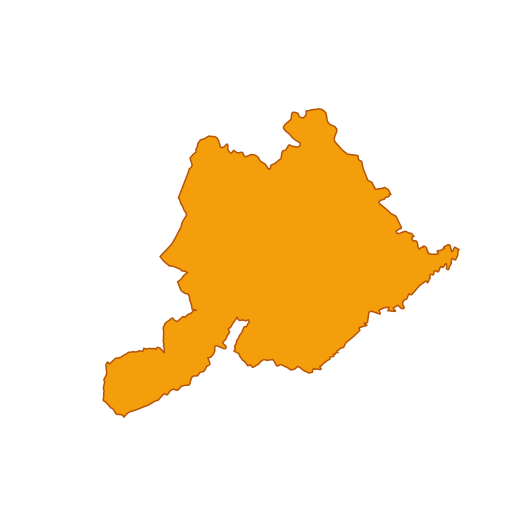 outline of Pindal, Loja, Ecuador, rotated 160°
{"feature_id": "8360857B50209341108464", "entity_name": "Pindal", "entity_type": "district", "adm_level": 2, "iso_a3": "ECU", "parent_name": "Ecuador", "parent_adm1": "Loja", "projection": "mercator", "projection_center": [-80.129, -4.101], "detail": "fine", "context": "isolated", "style": "filled", "palette": "amber", "viewbox_px": 512, "rotation_deg": 160, "n_neighbors": 0, "source": "geoboundaries", "source_scale": "gbopen_adm2", "svg_char_len": 6111}
<svg xmlns="http://www.w3.org/2000/svg" viewBox="0 0 512 512"><g transform="rotate(160 256 256)"><path d="M448.9,172.2L447.6,170.8L445.5,166.3L444.5,163.0L443.4,162.3L442.4,160.3L441.7,155.7L440.6,154.7L436.5,152.8L435.0,149.8L434.2,150.5L430.3,152.2L428.1,152.8L421.8,152.4L408.3,152.8L400.3,154.2L397.2,154.0L390.2,157.8L388.8,157.6L387.3,156.0L386.8,156.0L385.5,156.6L383.5,158.3L381.3,159.1L378.7,159.0L376.7,157.0L375.7,156.7L374.3,157.1L370.7,159.2L366.0,158.6L363.4,157.6L362.2,158.1L359.0,162.7L357.2,164.4L355.3,164.5L351.7,163.4L348.9,165.5L347.4,165.8L344.7,165.3L342.9,166.4L340.0,169.2L336.9,169.6L336.1,170.7L336.0,176.6L333.0,176.5L331.4,177.2L329.2,178.8L327.3,180.7L325.7,185.0L325.2,185.4L324.3,185.4L323.3,184.9L317.7,179.8L316.4,179.5L315.9,179.8L315.4,180.3L315.1,181.6L316.8,184.8L317.0,185.6L316.3,186.4L312.9,188.1L310.0,191.2L307.2,193.1L306.7,193.8L307.1,196.6L306.6,197.3L304.4,197.5L300.6,200.8L294.8,204.7L294.3,202.4L293.6,201.0L290.5,200.5L287.7,198.6L285.0,198.7L284.6,197.3L285.4,195.9L286.6,195.3L288.7,193.2L289.4,192.9L291.0,193.6L291.8,193.1L295.9,188.7L298.5,187.2L300.1,185.3L303.2,182.9L304.7,180.3L306.9,178.6L307.6,175.3L309.1,174.3L308.5,173.3L306.9,171.8L305.3,169.3L305.6,167.7L304.2,162.9L302.3,159.4L301.4,155.9L300.9,155.6L298.5,155.6L297.3,152.6L297.0,152.4L290.7,153.5L287.4,155.3L284.7,156.0L283.4,155.7L281.4,154.2L275.9,153.0L275.0,151.7L274.4,146.4L273.9,145.7L273.1,145.2L270.2,145.7L269.5,145.3L264.0,139.6L262.4,137.1L260.4,136.6L258.1,136.6L254.7,137.9L252.9,136.3L250.5,132.2L246.5,128.1L242.8,127.4L242.0,129.2L240.4,130.4L239.0,129.2L238.3,129.7L235.5,127.7L233.8,127.2L233.5,127.5L233.9,130.0L233.5,130.5L231.6,130.6L230.5,131.5L225.1,133.3L221.9,133.8L221.1,135.6L217.3,135.1L216.8,137.1L215.6,136.5L214.1,137.6L212.1,137.4L212.5,138.6L211.9,139.3L209.7,139.6L207.7,140.6L206.0,140.1L204.8,140.3L201.3,143.7L192.1,146.9L184.3,150.4L183.7,151.1L183.8,152.7L183.3,153.4L175.7,152.8L175.7,153.7L177.3,154.9L177.2,155.8L174.9,155.3L174.0,155.4L169.4,164.0L168.4,164.9L165.9,164.3L159.4,159.0L158.9,159.6L159.0,162.8L158.5,163.1L152.8,163.4L149.1,162.6L148.6,162.2L148.8,161.5L150.7,159.9L150.8,159.5L144.1,156.3L143.7,156.7L144.9,159.7L144.6,160.2L139.6,161.2L137.4,157.2L136.8,156.6L135.4,156.1L134.3,157.0L134.8,160.1L133.9,162.5L131.9,163.9L129.0,164.1L125.6,167.9L124.9,168.0L123.9,166.6L122.6,166.5L112.9,172.1L105.2,174.4L104.3,173.9L104.3,172.6L103.7,172.2L99.8,176.0L99.5,178.2L98.8,178.8L97.7,178.8L95.9,177.6L94.8,178.7L94.1,180.5L92.9,180.9L92.3,180.9L90.9,179.1L89.9,178.8L86.2,182.9L84.1,181.2L81.1,183.5L80.3,183.9L79.9,183.6L80.0,182.4L81.3,178.9L80.5,177.6L79.4,177.5L78.4,179.3L75.0,182.3L73.4,186.0L72.6,186.6L72.2,186.6L70.6,184.3L69.6,184.3L66.3,187.5L64.4,191.6L63.1,192.6L66.1,196.2L66.6,196.2L69.3,193.5L70.1,193.2L70.7,193.5L70.0,199.3L70.3,200.0L71.5,200.9L76.2,200.4L76.6,200.1L76.2,198.9L80.0,198.2L81.0,198.1L83.1,198.8L84.1,198.6L83.8,196.4L84.4,195.6L91.2,197.8L91.8,199.0L93.1,199.3L93.6,200.4L92.9,201.4L93.4,202.9L93.0,205.0L93.7,207.1L95.6,208.1L96.2,207.1L97.9,207.5L99.8,206.7L100.5,207.6L100.7,208.9L100.1,211.1L99.9,214.5L100.8,215.7L102.7,216.2L103.6,217.8L103.2,220.0L100.9,220.5L102.2,224.1L104.4,225.2L106.9,228.0L109.0,228.4L113.2,228.1L115.5,228.7L115.9,231.4L112.6,232.3L110.1,232.3L109.6,233.3L110.9,245.5L114.8,249.9L116.6,253.7L122.2,263.4L122.3,264.3L122.2,264.8L118.9,265.8L116.3,265.4L114.2,266.7L110.9,266.4L110.2,266.7L109.4,268.3L108.3,267.9L108.7,272.0L109.4,273.7L111.9,276.6L114.2,276.3L117.3,277.2L120.3,277.6L121.4,278.2L121.0,279.5L121.7,283.2L121.8,285.4L125.0,288.9L125.4,301.4L124.4,308.6L124.8,309.4L126.1,310.4L126.7,312.5L125.8,315.2L126.6,315.9L135.2,320.4L138.9,326.5L142.9,336.9L142.2,340.0L137.6,345.3L136.7,347.7L137.8,350.9L141.4,354.1L142.7,357.4L142.8,359.7L142.1,361.7L141.4,366.4L141.9,368.1L144.1,371.3L147.5,373.2L149.2,373.0L150.6,373.7L155.0,374.5L157.0,374.5L159.2,375.2L160.4,372.1L162.0,370.6L164.4,369.7L165.8,370.3L167.7,372.1L167.9,375.9L170.9,378.0L172.7,378.4L173.8,377.4L176.3,372.5L183.8,369.6L185.8,368.1L186.4,367.0L186.1,365.1L185.2,362.9L182.6,358.8L181.6,355.2L178.6,350.4L176.4,348.1L176.1,346.7L176.5,345.4L177.7,344.4L178.9,344.0L180.3,344.4L185.2,347.3L186.4,348.9L187.5,348.9L191.6,345.5L194.8,345.6L196.2,344.6L198.6,339.9L199.4,339.0L206.6,336.5L210.7,336.2L211.7,335.2L212.2,333.6L213.6,333.0L214.7,334.2L215.9,339.2L219.4,343.5L220.3,348.1L222.1,350.9L224.1,352.3L226.2,353.1L230.7,352.7L232.2,353.0L232.9,353.9L233.3,357.8L234.2,358.5L237.5,359.0L238.6,359.7L240.7,362.8L241.6,362.6L243.3,361.3L244.5,361.2L245.6,363.2L246.0,366.1L244.7,369.1L244.6,370.9L245.6,371.0L249.1,369.3L251.3,369.7L252.1,370.6L251.7,377.4L252.2,380.2L253.5,381.9L254.7,382.6L259.4,384.8L265.0,383.8L266.6,383.8L267.5,384.2L268.7,384.0L272.5,381.3L273.7,378.6L275.8,377.0L276.9,374.0L279.7,373.3L284.2,370.8L284.6,369.9L284.8,363.9L285.6,362.1L289.2,360.4L290.2,358.7L309.0,337.2L308.4,334.6L308.7,330.9L307.9,327.3L308.0,324.4L306.8,319.4L307.8,317.7L314.0,312.8L316.9,308.2L318.0,307.6L326.0,300.2L331.6,295.7L346.3,288.3L344.5,282.8L340.8,276.2L338.8,275.6L335.7,273.3L331.8,269.5L330.7,267.3L327.6,265.7L326.2,263.9L330.5,262.4L334.4,259.7L338.5,258.5L338.3,250.0L337.8,248.3L335.2,244.8L333.0,243.8L332.7,242.8L332.5,240.6L333.3,237.5L333.3,233.1L334.2,227.6L333.7,226.9L331.6,226.5L331.1,225.7L333.3,226.0L336.8,224.5L340.2,224.3L343.2,222.9L345.7,224.0L352.4,221.3L355.0,224.0L355.5,226.2L358.2,226.0L359.5,225.2L362.4,224.6L365.0,223.4L365.0,222.8L367.3,220.9L368.0,219.5L368.8,216.0L372.6,206.8L372.4,205.1L373.5,203.9L374.0,200.2L375.1,196.8L375.8,197.5L377.6,202.2L379.5,203.8L380.1,203.9L382.2,202.6L383.7,204.2L385.5,204.4L387.2,205.5L391.0,206.2L392.9,207.6L394.7,205.5L395.5,205.3L398.3,207.0L399.8,206.6L401.1,206.8L403.1,207.4L404.3,208.4L405.3,208.1L408.8,209.1L411.5,208.2L413.7,208.1L418.2,207.0L423.0,207.9L430.5,204.7L431.5,207.0L432.1,207.0L434.3,205.0L436.3,197.0L437.9,194.9L441.1,192.1L441.5,189.0L444.3,184.6L444.9,182.9L444.8,181.3L446.0,179.3L447.5,175.1L448.7,173.5L448.9,172.2Z" fill="#f59e0b" stroke="#b45309" stroke-width="1.5"/></g></svg>